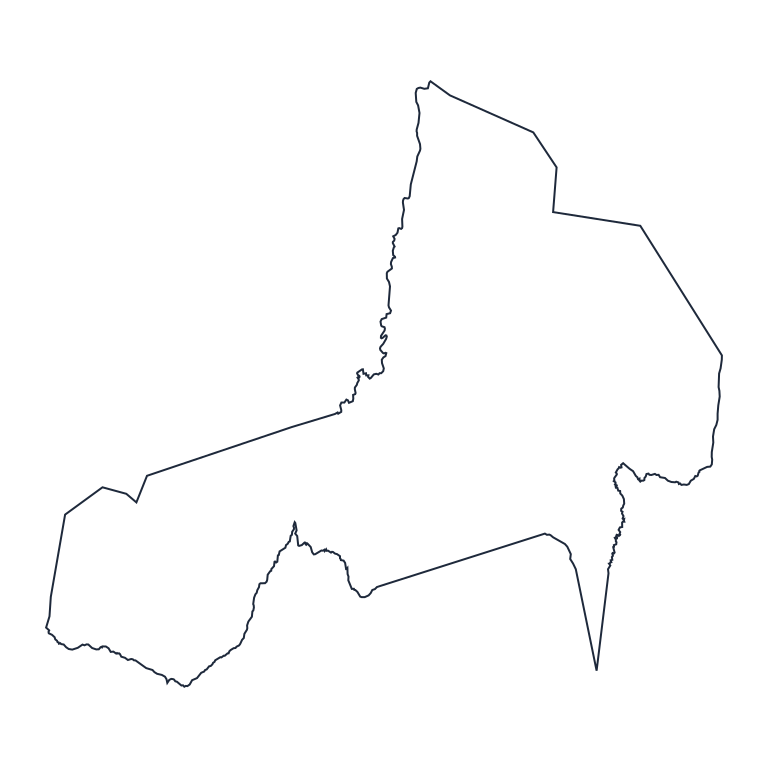 outline of Santa Catalina, Jujuy, Argentina
{"feature_id": "61730980B27320368944921", "entity_name": "Santa Catalina", "entity_type": "district", "adm_level": 2, "iso_a3": "ARG", "parent_name": "Argentina", "parent_adm1": "Jujuy", "projection": "equal_earth", "projection_center": [-66.281, -22.101], "detail": "fine", "context": "isolated", "style": "outline", "palette": "slate", "viewbox_px": 768, "rotation_deg": 0, "n_neighbors": 0, "source": "geoboundaries", "source_scale": "gbopen_adm2", "svg_char_len": 6090}
<svg xmlns="http://www.w3.org/2000/svg" viewBox="0 0 768 768"><path d="M721.9,355.4L640.3,225.8L553.1,212.1L556.6,167.4L533.3,132.4L450.0,95.4L430.5,81.3L429.3,82.6L427.9,88.3L424.3,88.8L420.3,87.6L418.4,88.0L416.8,88.9L415.7,92.9L416.3,101.9L418.1,105.4L419.5,113.0L418.5,122.9L416.7,129.5L416.6,131.4L417.1,132.9L417.1,135.8L420.0,144.1L420.4,148.8L420.0,150.6L417.3,156.5L416.7,161.3L410.8,184.4L409.7,196.2L408.8,198.1L407.9,198.5L404.6,198.0L403.6,199.0L403.0,200.7L402.9,202.6L404.0,209.9L402.1,219.0L402.4,226.6L402.1,228.1L401.1,228.9L399.2,228.1L398.3,228.4L397.5,232.7L395.7,235.0L393.2,236.3L394.6,238.9L394.2,240.6L392.9,241.9L392.8,243.0L394.6,246.6L393.9,247.2L392.8,250.8L393.2,255.1L395.0,256.8L395.1,257.5L392.9,258.1L391.1,262.0L390.9,264.1L391.8,266.6L391.9,268.5L387.5,271.7L386.8,273.2L386.9,278.5L389.0,282.0L390.0,286.4L388.5,305.4L389.0,307.4L391.0,310.6L390.1,313.2L386.6,314.1L386.2,317.6L381.7,319.1L380.5,321.6L381.2,325.6L381.8,326.3L384.5,327.2L384.9,328.6L384.6,330.5L381.0,335.9L380.9,337.8L381.6,338.3L382.6,337.9L385.5,335.3L386.4,335.5L386.8,336.6L386.1,338.9L383.2,343.9L380.6,346.7L380.0,348.3L380.3,349.9L383.0,353.0L383.9,353.4L385.6,352.8L386.3,353.1L385.5,356.1L383.4,357.4L381.8,359.7L382.0,363.1L383.8,368.4L383.2,371.2L381.2,373.2L379.6,373.2L378.4,374.5L376.2,373.8L373.8,374.4L370.9,377.9L369.7,378.6L368.1,376.9L368.4,375.3L366.2,375.4L366.0,373.3L363.5,373.8L362.9,369.3L362.0,369.4L357.3,372.6L357.1,373.4L358.0,375.1L359.3,375.9L359.6,376.8L359.2,377.4L358.1,377.1L357.5,377.6L358.7,379.4L358.8,380.4L357.3,383.0L356.8,384.9L354.9,387.5L354.8,389.1L355.6,393.0L355.2,394.1L353.1,394.9L353.3,398.7L352.8,401.2L349.0,402.8L347.9,400.3L346.4,399.6L344.4,402.5L341.4,402.5L340.1,405.4L341.3,410.2L341.2,411.9L338.2,413.7L337.6,412.5L334.9,414.0L291.6,427.1L147.0,475.8L136.4,502.4L126.3,493.8L102.5,487.3L65.1,514.6L50.8,596.9L49.5,616.3L46.1,627.6L49.2,630.4L48.5,631.9L48.8,633.3L52.0,634.8L54.6,637.2L55.3,639.4L57.0,640.7L57.6,642.2L58.7,642.5L59.0,643.7L60.3,643.2L61.2,644.1L63.7,644.5L66.1,647.2L68.7,649.0L72.3,649.6L77.8,647.8L82.5,644.6L84.5,645.3L86.5,644.4L88.3,644.5L92.1,648.0L96.2,649.4L98.8,649.3L100.6,647.2L101.3,646.9L102.0,647.4L102.5,646.4L105.9,646.5L108.6,648.3L110.7,651.9L113.4,651.6L116.2,653.6L117.0,653.0L117.9,653.6L119.0,653.3L119.9,654.0L121.3,656.7L125.0,657.8L127.9,660.0L131.2,659.0L132.8,659.3L133.9,660.3L135.5,660.4L146.2,668.1L152.5,670.0L154.4,672.1L157.1,673.8L161.8,674.9L165.0,676.7L166.5,679.2L167.3,682.9L169.3,679.9L171.2,678.9L173.0,679.1L174.1,679.6L175.3,681.3L176.9,681.7L181.4,685.5L183.0,685.3L184.3,686.7L185.8,685.9L187.4,686.1L189.7,684.5L192.1,680.2L197.0,678.1L201.2,672.8L204.2,671.5L205.0,670.1L206.7,669.4L209.1,666.3L210.7,666.0L212.4,664.3L213.1,662.8L214.5,661.9L215.2,660.3L220.3,657.2L221.4,657.4L223.7,655.7L224.7,655.8L227.6,653.3L228.6,653.3L229.4,651.2L230.7,650.0L233.6,648.2L235.5,648.0L236.5,646.7L239.1,645.4L240.2,643.9L242.1,639.8L243.8,638.0L244.4,633.8L246.9,629.8L247.3,628.2L247.1,625.4L248.4,621.5L251.9,616.7L252.4,611.4L253.3,610.5L253.9,607.6L253.7,605.3L253.2,604.1L254.1,597.7L255.4,594.3L256.7,592.8L257.3,590.2L259.0,587.1L259.4,584.2L260.4,583.3L265.0,583.2L266.6,581.7L267.2,579.9L267.7,574.7L270.2,571.2L271.2,570.8L271.4,569.0L274.0,566.2L274.5,561.8L275.0,561.5L276.1,562.5L277.3,561.7L277.9,555.4L278.8,555.0L279.6,551.4L285.4,547.7L286.0,545.1L287.7,543.8L288.7,541.9L289.8,541.4L290.7,535.8L291.9,534.8L292.2,531.7L293.9,529.3L294.0,527.8L293.4,526.1L294.7,522.2L295.3,523.0L296.6,530.4L295.2,533.6L297.2,536.0L298.2,545.4L299.1,545.9L301.8,545.1L304.6,542.5L305.2,542.6L305.6,544.2L306.2,544.8L306.6,544.4L306.5,543.2L307.2,543.3L310.7,547.0L312.2,552.3L313.8,554.4L315.2,554.2L321.4,550.5L322.9,550.7L324.3,549.8L324.7,551.0L326.1,549.3L326.6,550.8L328.1,550.7L331.0,552.6L332.0,551.8L333.0,552.0L335.0,553.6L337.0,554.1L340.0,556.2L340.0,558.3L340.7,559.1L340.9,560.1L343.6,560.6L345.1,562.9L346.1,569.1L346.6,569.1L347.4,568.1L347.6,574.1L348.5,576.6L348.3,580.3L351.8,588.9L353.9,588.8L354.3,589.9L355.3,590.0L357.4,591.9L360.2,596.6L361.5,597.1L364.8,597.1L368.6,595.4L370.7,593.1L372.3,590.0L374.9,589.1L377.0,587.0L544.9,533.6L546.9,534.8L549.3,534.6L550.6,535.2L553.1,537.3L564.9,544.0L567.3,546.7L570.8,554.1L570.2,559.0L573.1,563.6L575.8,569.2L596.6,670.7L608.5,573.3L608.0,569.2L610.3,565.5L609.1,563.7L609.8,563.6L610.3,562.4L611.3,562.2L610.7,560.3L612.3,559.8L611.9,557.0L612.9,555.8L612.3,553.5L612.7,553.0L613.8,553.5L614.6,552.6L613.2,547.1L614.0,546.8L613.9,545.1L616.2,544.3L616.5,542.2L615.9,541.5L615.8,539.5L614.8,537.8L615.6,537.4L616.5,538.6L617.0,538.4L617.1,537.2L616.2,536.1L616.7,534.8L618.1,535.1L618.9,535.9L619.9,535.2L620.2,534.6L619.6,533.7L620.2,532.1L618.6,529.9L619.9,527.4L622.2,527.0L622.1,522.6L622.8,521.7L624.3,521.7L623.9,520.5L624.2,518.9L623.2,519.2L622.6,518.6L623.5,516.1L622.0,513.5L622.5,511.7L621.3,511.1L621.1,510.4L621.3,508.6L622.8,507.5L623.3,505.4L624.2,503.7L623.9,499.1L622.3,495.6L620.3,493.5L620.1,491.0L618.2,490.6L617.4,487.8L615.9,487.7L615.6,486.2L616.6,486.0L616.8,485.4L615.0,484.4L615.6,483.4L615.5,482.4L613.8,481.1L614.4,480.5L614.1,478.8L614.4,477.8L616.8,474.5L616.7,473.5L615.8,472.5L617.6,469.3L618.6,468.4L619.1,467.1L620.6,467.7L621.5,467.4L621.1,464.9L623.1,463.2L629.6,468.8L633.1,471.2L635.8,475.9L637.4,477.3L638.0,479.2L638.5,479.6L639.5,478.8L639.7,480.9L640.3,481.6L641.4,480.7L643.2,480.7L644.3,480.1L644.5,477.9L645.7,476.6L646.5,474.0L648.5,473.6L649.4,474.8L651.3,475.0L654.9,473.9L656.5,475.0L658.6,474.8L660.1,477.2L665.0,478.0L667.9,480.7L671.4,482.0L675.1,482.3L676.2,481.7L678.4,482.4L678.9,484.0L680.1,483.5L681.4,484.9L683.9,484.5L686.7,484.9L688.8,484.1L690.8,480.7L693.8,478.9L695.3,476.0L696.7,476.4L697.7,475.7L698.6,472.5L699.4,471.9L699.3,470.9L699.7,470.4L707.1,466.9L710.3,466.6L711.8,464.4L712.2,459.7L711.7,456.9L711.8,452.0L713.3,442.6L713.0,436.5L714.2,429.2L716.3,425.0L717.6,419.8L717.6,413.7L718.3,405.3L719.7,396.6L719.4,390.9L718.6,387.1L719.1,373.5L720.6,368.3L721.8,359.7L721.9,355.4Z" fill="none" stroke="#1e293b" stroke-width="2"/></svg>